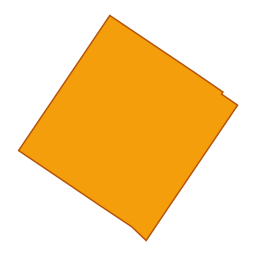 Franklin, Kansas, United States of America (Robinson projection), rotated 124°
{"feature_id": "52423323B79202191155871", "entity_name": "Franklin", "entity_type": "district", "adm_level": 2, "iso_a3": "USA", "parent_name": "United States of America", "parent_adm1": "Kansas", "projection": "robinson", "projection_center": [-95.306, 38.564], "detail": "fine", "context": "isolated", "style": "filled", "palette": "amber", "viewbox_px": 256, "rotation_deg": 124, "n_neighbors": 0, "source": "geoboundaries", "source_scale": "gbopen_adm2", "svg_char_len": 347}
<svg xmlns="http://www.w3.org/2000/svg" viewBox="0 0 256 256"><g transform="rotate(124 128 128)"><path d="M44.9,206.0L99.4,206.0L207.9,206.1L207.9,149.4L208.0,108.4L207.8,69.6L211.2,50.0L170.3,50.1L143.1,50.0L134.1,50.0L47.8,49.9L47.6,69.4L45.1,69.4L44.8,101.7L44.9,186.4L44.9,206.0Z" fill="#f59e0b" stroke="#b45309" stroke-width="1.5"/></g></svg>